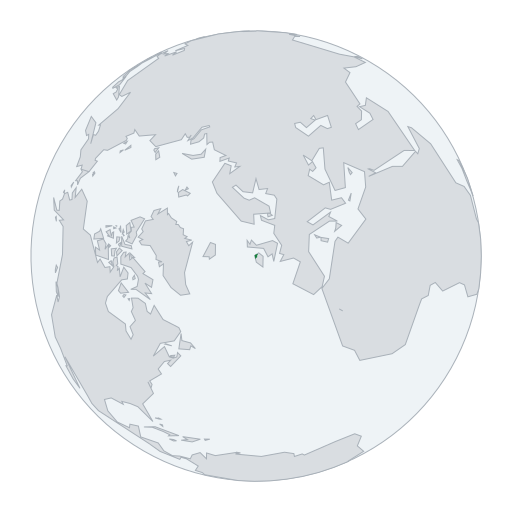 globe centered on Strabane, rotated 300°
{"feature_id": "GBR-2135", "entity_name": "Strabane", "entity_type": "District", "adm_level": 1, "iso_a3": "GBR", "parent_name": "United Kingdom", "parent_adm1": "", "projection": "orthographic", "projection_center": [-7.446, 54.773], "detail": "fine", "context": "on_globe", "style": "filled", "palette": "green", "viewbox_px": 512, "rotation_deg": 300, "n_neighbors": 0, "source": "natural_earth", "source_scale": "10m", "svg_char_len": 10696}
<svg xmlns="http://www.w3.org/2000/svg" viewBox="0 0 512 512"><g transform="rotate(300 256 256)"><circle cx="256" cy="256" r="225" fill="#eef3f6" stroke="#a8b0b8"/><path d="M52.6,352.8L40.9,320.9L41.6,317.8L40.0,310.7L45.2,311.0L45.6,297.3L44.2,291.7L41.8,291.7L38.8,270.6L40.1,257.1L43.3,196.8L46.3,187.5L50.6,180.4L73.2,140.9L53.4,169.7L58.1,159.1L65.9,146.3L66.5,147.4L78.4,132.8L85.5,122.6L102.9,108.3L122.5,103.0L117.2,107.6L122.5,106.2L129.5,100.5L132.8,97.2L160.5,87.7L185.1,74.2L188.6,67.8L191.1,71.3L194.9,58.3L205.5,51.5L196.1,60.6L197.1,62.8L205.6,58.6L208.5,60.0L214.3,59.0L217.0,61.1L211.3,66.7L212.9,68.4L218.8,65.4L225.3,66.1L216.3,70.1L226.7,71.7L219.1,82.4L193.0,93.0L191.3,102.1L171.1,122.0L175.4,122.5L170.5,130.9L173.7,134.8L169.1,137.8L175.6,138.3L179.3,134.9L183.4,134.1L185.6,136.2L180.1,140.2L178.1,139.7L177.7,142.0L173.9,143.2L177.0,143.8L170.0,148.7L180.2,147.1L177.3,153.7L171.8,156.1L168.2,151.6L146.6,147.5L139.9,149.2L134.1,155.9L131.8,176.9L126.1,180.9L121.4,189.4L126.4,189.0L131.8,182.2L139.9,183.8L145.6,175.8L149.8,175.4L157.3,169.2L160.5,174.9L159.6,183.9L153.6,189.4L153.0,193.7L162.3,192.5L154.5,207.3L155.4,225.0L152.9,228.6L141.6,227.6L132.5,216.8L117.9,217.1L131.8,222.0L125.3,231.4L126.1,235.3L129.0,237.9L133.2,236.3L131.9,240.8L117.6,237.3L118.6,233.2L123.1,234.2L118.8,229.4L109.2,227.8L106.6,233.1L94.7,226.4L92.8,230.2L89.1,231.1L93.0,225.3L85.7,235.9L71.3,231.8L61.1,249.5L66.4,229.0L65.3,220.7L63.0,212.5L61.2,215.2L60.7,201.6L56.0,196.5L47.8,205.1L42.9,218.8L44.0,232.3L47.3,230.9L49.9,239.2L41.7,246.6L45.2,264.8L41.2,273.6L41.3,283.5L44.6,290.0L47.5,300.5L51.8,300.2L57.8,305.9L55.6,314.5L60.7,311.7L62.8,320.6L75.9,337.0L74.4,337.7L85.1,360.9L100.3,378.8L103.8,387.6L101.6,389.5L107.7,395.0L107.8,397.4L135.0,417.5L151.4,430.4L152.6,437.3L142.2,438.7L140.7,446.9L124.1,438.2L124.9,439.2L112.1,429.3L99.9,418.5L88.6,406.8L78.2,394.3L68.6,381.1L60.1,367.3L52.6,352.8ZM57.7,254.0L61.9,279.1L56.5,270.2L58.1,270.7L57.6,263.1L55.8,251.8L51.9,244.4L57.7,254.0ZM66.2,253.1L65.3,249.5L66.6,252.4L66.2,253.1ZM133.8,95.6L129.3,100.3L121.9,105.1L125.3,100.9L133.8,95.6ZM148.2,87.6L146.9,89.9L141.1,90.7L143.7,89.1L148.2,87.6ZM190.4,63.2L186.2,65.8L189.3,62.9L190.4,63.2ZM214.6,58.4L214.9,57.4L217.7,57.3L214.6,58.4ZM155.0,166.6L156.0,167.9L154.1,168.4L155.0,166.6ZM157.2,162.8L154.1,162.4L154.7,160.6L156.6,160.9L157.2,162.8ZM224.5,60.7L229.0,61.2L223.4,61.6L224.5,60.7ZM160.8,163.8L156.1,157.4L157.2,154.2L165.3,152.7L160.8,163.8ZM231.0,62.1L242.1,63.5L243.7,61.1L245.5,69.2L235.5,65.0L228.4,65.9L231.9,63.9L231.0,62.1ZM179.5,132.9L175.7,136.7L176.8,131.7L179.5,132.9ZM179.2,130.0L176.7,116.7L183.4,112.5L182.9,117.6L189.9,111.0L194.4,115.4L191.5,120.1L186.3,121.9L192.0,122.3L179.2,130.0ZM244.8,73.7L246.6,75.0L243.6,74.7L244.8,73.7ZM185.1,133.4L184.0,130.9L189.8,127.1L193.0,131.3L190.1,131.2L185.1,133.4ZM189.6,107.1L194.4,105.2L199.3,108.2L201.9,107.9L195.1,115.2L189.6,107.1ZM189.9,133.1L194.5,133.6L193.8,137.4L186.6,135.5L189.9,133.1ZM189.9,124.4L192.7,122.8L192.2,125.0L189.9,124.4ZM194.0,151.5L192.5,148.4L195.4,146.1L194.0,151.5ZM196.2,133.5L196.5,132.2L197.4,131.0L200.2,132.2L196.2,133.5ZM199.1,116.9L200.1,118.7L202.1,114.1L205.9,116.4L200.7,120.9L204.5,119.9L205.7,120.7L200.1,123.6L199.1,116.9ZM205.9,129.8L200.6,136.7L202.6,142.8L200.1,145.0L197.3,134.8L205.9,129.8ZM203.0,125.9L204.3,128.8L200.5,129.9L197.4,128.6L203.0,125.9ZM210.4,116.4L205.9,111.7L207.2,110.9L210.4,116.4ZM207.3,131.3L208.5,129.7L207.9,131.6L207.3,131.3ZM210.2,120.7L208.5,119.1L210.0,118.2L210.2,120.7ZM212.5,127.8L210.8,129.9L208.6,129.1L212.5,127.8ZM212.1,124.3L214.6,123.5L208.8,127.4L211.0,123.7L212.1,124.3ZM212.0,120.1L212.3,119.1L212.5,120.9L212.0,120.1ZM221.9,130.0L215.2,135.2L210.3,133.1L217.5,128.4L221.9,130.0ZM464.3,170.2L464.9,171.9L466.7,176.2L468.3,180.6L468.0,179.9L464.5,173.8L468.1,184.4L465.5,179.7L461.3,179.6L465.0,195.2L472.5,227.3L477.4,241.2L478.3,253.9L469.9,247.9L462.7,238.2L461.8,245.7L451.4,246.5L439.7,270.0L436.1,268.7L434.3,275.0L426.7,279.1L420.4,276.1L416.7,281.5L432.8,289.1L436.6,283.2L437.1,271.0L441.1,275.4L448.2,272.5L447.2,298.1L426.7,340.7L421.5,331.5L389.2,315.4L388.4,310.7L388.1,310.3L387.5,309.7L387.9,318.0L381.3,313.8L401.9,329.4L406.8,338.0L426.4,341.8L425.4,345.0L430.7,343.7L444.0,322.8L444.8,326.5L440.5,351.2L419.3,392.5L420.3,401.4L415.7,411.4L398.5,428.2L396.0,432.1L386.5,439.4L383.3,441.9L382.6,442.4L368.5,451.2L353.7,459.0L338.5,465.6L339.1,465.4L333.3,466.4L326.6,459.9L335.2,451.0L334.7,445.6L319.0,435.2L322.7,424.5L317.7,421.5L307.9,424.9L301.7,420.9L295.4,421.9L253.9,429.6L239.4,422.7L217.5,398.1L223.6,388.5L221.4,376.0L260.8,329.3L272.9,330.9L308.2,317.1L313.3,317.5L313.2,329.4L342.9,332.7L347.7,320.8L370.6,316.5L383.3,307.8L380.7,285.3L359.9,299.2L352.3,291.7L365.7,272.3L383.3,260.2L380.9,257.0L366.4,256.7L367.0,246.4L361.0,256.0L366.0,257.7L362.4,263.9L357.6,262.8L358.0,259.1L351.7,261.0L351.4,278.9L356.5,282.6L342.2,293.6L349.2,300.9L346.5,307.2L333.7,297.3L332.3,291.9L311.3,283.2L311.4,289.8L331.3,298.6L326.6,299.3L326.9,309.0L323.0,302.2L301.3,291.4L286.1,299.4L272.7,325.4L262.6,328.6L251.4,325.2L250.4,301.8L273.1,297.3L273.0,289.5L263.4,279.7L271.1,279.4L270.0,275.1L278.1,272.9L284.5,260.1L291.9,256.9L289.7,242.9L293.2,239.6L293.5,248.6L297.8,253.5L315.7,245.6L317.8,241.4L314.9,233.2L320.2,232.3L315.1,225.4L323.0,217.3L309.0,221.5L305.2,212.6L307.4,203.2L303.7,201.2L300.1,216.7L300.9,222.2L305.7,225.7L305.7,242.4L300.6,247.1L291.0,233.1L282.6,238.5L278.8,225.7L290.8,190.8L298.3,181.2L320.7,182.7L321.7,189.4L314.2,192.1L325.5,197.2L322.5,193.1L326.9,192.6L324.4,184.5L327.4,183.8L319.9,177.4L323.3,175.7L328.0,179.7L327.2,166.8L333.0,161.5L331.3,158.9L328.0,157.8L337.5,152.1L335.9,150.5L332.1,151.7L326.4,149.5L320.1,143.4L323.8,141.8L326.6,143.7L337.9,145.6L344.7,151.4L345.6,150.2L340.5,144.8L326.7,142.4L321.9,139.3L328.4,139.4L325.6,139.1L324.4,137.1L326.5,133.6L319.4,133.2L300.6,114.5L302.9,106.4L310.8,108.3L301.5,94.9L304.9,87.8L301.4,88.8L294.6,83.6L293.5,85.7L291.3,85.9L273.3,74.6L271.9,71.0L260.3,68.2L258.4,68.8L258.8,71.2L245.5,69.2L243.7,61.1L247.8,60.0L243.8,56.0L253.9,54.3L260.4,51.3L273.7,52.4L277.7,50.3L275.6,49.0L279.5,45.6L294.5,43.6L291.4,50.7L270.6,56.7L279.9,54.5L280.4,56.8L285.4,57.2L291.7,55.8L290.8,54.4L314.6,62.9L335.1,65.5L327.1,60.0L327.4,56.9L343.8,57.1L378.5,72.9L379.3,70.6L382.8,72.0L389.9,77.2L384.9,75.2L387.4,78.6L383.5,76.9L393.2,85.2L388.1,83.2L398.1,91.1L400.0,90.4L393.4,83.5L404.3,91.7L404.2,88.4L410.0,92.2L429.5,112.4L440.8,127.5L442.7,130.1L444.2,133.1L450.7,143.5L451.5,144.1L464.3,170.2ZM251.8,354.5L251.8,358.6L251.8,354.5ZM405.1,256.9L413.5,247.7L404.1,239.8L406.5,235.7L402.4,234.7L403.3,239.3L392.4,235.5L394.0,227.5L390.1,223.2L387.1,226.1L386.0,241.5L401.5,246.8L402.0,254.1L405.1,256.9ZM76.4,337.4L77.7,341.0L75.4,338.4L76.4,337.4ZM54.2,272.4L55.8,276.3L56.2,279.6L54.6,277.1L54.2,272.4ZM71.7,302.9L74.3,307.6L70.9,304.2L71.7,302.9ZM62.9,282.8L69.5,299.4L63.1,293.7L59.1,283.3L62.7,288.4L62.9,282.8ZM62.3,256.5L63.0,259.5L61.8,260.5L62.3,256.5ZM67.2,255.3L66.7,254.6L67.0,252.1L67.2,255.3ZM126.1,231.6L127.2,232.0L129.5,235.3L127.1,235.2L126.1,231.6ZM148.0,242.8L145.5,249.8L145.6,244.5L141.7,245.4L137.0,235.6L151.4,229.9L145.7,234.1L148.0,242.8ZM134.8,221.5L136.1,228.0L134.1,221.1L134.8,221.5ZM255.7,254.6L260.1,256.8L259.3,262.3L249.9,267.5L250.8,259.4L255.7,254.6ZM266.4,258.8L259.5,244.0L265.1,240.5L263.1,244.9L267.5,244.1L265.5,251.0L277.6,262.6L277.8,268.3L260.2,274.1L265.9,268.9L261.3,266.8L266.4,258.8ZM231.9,215.8L229.0,210.4L244.9,209.8L245.8,215.1L236.5,220.3L229.9,217.2L231.9,215.8ZM176.0,162.7L173.9,161.3L175.4,160.1L178.5,160.3L176.0,162.7ZM193.1,150.2L187.0,167.7L184.2,166.9L184.0,178.6L176.6,181.2L177.0,173.4L171.2,184.4L168.6,178.5L165.4,186.3L167.1,168.8L164.5,164.2L170.2,168.3L177.0,165.9L179.2,163.6L183.5,153.6L181.4,143.0L187.8,139.3L193.0,139.6L194.5,141.5L189.8,143.2L195.1,144.7L189.5,148.7L193.1,150.2ZM249.4,149.8L243.3,150.0L253.2,155.3L247.6,158.6L249.1,159.0L246.7,163.6L246.3,170.1L243.2,170.8L244.4,173.0L242.8,176.3L243.4,179.6L238.0,182.3L238.3,186.7L235.6,185.5L237.6,192.4L233.7,188.5L231.3,192.6L236.3,194.2L205.9,202.4L196.1,209.4L190.1,217.6L184.3,210.3L186.2,198.2L192.6,185.3L202.9,179.8L198.4,177.7L202.0,174.6L204.0,177.5L203.0,171.1L206.5,169.4L212.1,159.1L208.5,151.3L210.5,147.5L213.7,149.7L213.4,144.5L220.7,146.1L222.3,143.5L231.1,142.7L236.3,148.7L237.7,145.4L244.4,144.9L249.4,149.8ZM224.4,130.0L231.9,136.0L232.5,140.9L216.9,140.3L214.5,142.4L204.5,142.6L203.8,135.6L206.7,136.2L209.4,135.1L208.5,137.7L211.2,134.8L215.3,135.6L218.5,133.6L220.1,136.0L224.4,130.0ZM316.7,311.8L320.1,311.1L325.0,308.7L325.3,314.9L316.7,311.8ZM301.8,304.7L304.6,303.0L307.4,310.2L303.8,311.1L301.8,304.7ZM303.7,296.2L304.5,302.4L301.9,299.6L303.7,296.2ZM295.9,246.8L298.6,244.7L299.8,246.4L299.4,249.8L295.9,246.8ZM277.4,167.7L273.8,166.7L274.0,165.2L268.4,159.6L272.1,157.0L276.9,159.3L277.4,167.7ZM378.5,291.3L376.3,297.6L373.7,297.1L375.0,295.0L378.5,291.3ZM350.6,308.1L358.1,307.0L350.6,309.8L350.6,308.1ZM280.4,163.8L277.7,161.8L281.2,161.7L280.4,163.8ZM274.5,154.8L278.2,154.1L271.9,156.0L274.5,154.8ZM416.5,414.1L417.6,412.8L426.2,401.3L434.9,390.5L440.0,382.1L440.2,384.4L429.0,400.3L416.5,414.1ZM477.8,241.4L479.8,244.3L479.9,249.5L477.8,241.4ZM444.8,133.1L447.8,138.0L446.9,136.6L442.4,129.6L444.8,133.1ZM419.8,101.3L419.7,101.3L414.4,95.9L416.7,98.1L419.8,101.3ZM307.9,140.7L311.6,151.2L316.7,157.6L323.4,159.0L315.6,161.8L307.7,151.9L307.9,140.7ZM301.1,117.7L295.3,116.9L296.6,114.6L298.2,114.5L301.1,117.7ZM298.4,119.1L293.4,123.3L289.3,121.1L294.1,118.2L298.4,119.1ZM287.2,143.1L288.0,146.3L285.1,146.2L287.2,143.1ZM376.7,66.4L375.0,65.8L370.6,62.9L373.0,64.1L376.7,66.4ZM354.4,54.0L368.8,62.0L380.1,69.3L378.6,67.9L384.8,71.6L384.8,72.4L373.8,65.7L366.0,60.7L360.9,58.6L352.7,54.5L348.4,53.8L343.5,52.0L345.1,51.2L354.4,54.0ZM346.8,53.8L336.3,52.3L329.7,48.2L330.5,47.5L338.1,49.9L341.2,51.9L346.8,53.8ZM331.8,50.8L334.6,52.9L325.1,57.4L321.4,57.4L325.2,51.2L328.1,52.9L331.6,52.7L331.8,50.8ZM248.2,73.8L246.7,74.9L246.4,73.3L248.2,73.8ZM290.8,87.2L287.8,87.1L287.5,85.1L290.8,87.2ZM279.2,85.9L281.7,88.2L277.6,86.5L279.2,85.9ZM287.4,93.4L281.9,89.4L289.3,92.3L287.4,93.4Z" fill="#d9dde1" stroke="#a8b0b8" stroke-width="1"/><path d="M255.8,256.1L255.8,255.9L255.9,255.7L256.0,255.6L256.0,255.4L256.3,255.4L256.4,255.5L256.5,255.6L256.7,255.8L256.8,255.8L257.0,255.8L257.2,256.0L256.8,256.0L256.5,256.1L256.4,256.2L256.1,256.3L256.0,256.5L255.9,256.5L255.7,256.5L255.4,256.7L255.2,256.5L255.0,256.4L254.9,256.4L255.0,256.3L254.9,256.3L255.0,256.2L255.3,256.3L255.4,256.2L255.5,256.1L255.8,256.1Z" fill="#22c55e" stroke="#15803d" stroke-width="1.5"/></g></svg>